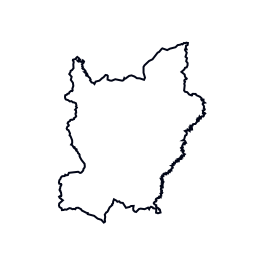 outline of Ango, Orientale, Democratic Republic of the Congo, rotated 105°
{"feature_id": "63176286B24678106401017", "entity_name": "Ango", "entity_type": "district", "adm_level": 2, "iso_a3": "COD", "parent_name": "Democratic Republic of the Congo", "parent_adm1": "Orientale", "projection": "orthographic", "projection_center": [26.048, 4.445], "detail": "fine", "context": "isolated", "style": "outline", "palette": "ink", "viewbox_px": 256, "rotation_deg": 105, "n_neighbors": 0, "source": "geoboundaries", "source_scale": "gbopen_adm2", "svg_char_len": 5745}
<svg xmlns="http://www.w3.org/2000/svg" viewBox="0 0 256 256"><g transform="rotate(105 128 128)"><path d="M201.2,74.7L198.6,76.1L198.3,76.6L198.6,77.1L197.8,77.6L196.9,80.2L196.3,80.7L195.3,80.7L194.8,82.8L193.9,83.7L192.7,83.3L192.1,82.8L191.9,82.1L190.8,81.7L190.0,82.6L189.1,82.5L188.7,81.8L188.0,81.5L187.9,80.7L187.2,80.5L187.6,80.1L187.4,79.7L186.3,79.8L186.4,78.5L185.0,78.9L184.7,78.4L183.4,79.1L182.8,78.7L182.6,79.3L181.8,78.5L181.6,79.2L180.7,79.6L180.2,79.6L180.1,78.9L179.5,79.0L179.5,79.9L178.7,80.4L177.6,80.5L177.2,79.8L176.5,79.5L176.3,80.1L175.5,80.2L175.9,81.0L175.6,81.4L175.0,81.1L175.0,80.3L174.5,80.2L174.9,79.6L173.6,80.1L173.2,80.7L172.7,80.0L172.2,80.4L171.6,80.1L171.5,81.4L170.8,81.4L170.2,80.5L169.7,81.4L170.0,81.8L169.0,82.7L169.1,81.1L168.5,81.2L167.9,82.9L167.1,82.4L166.6,82.9L165.9,82.0L165.0,82.7L164.7,82.3L164.8,81.6L164.3,81.8L163.7,81.5L163.2,81.8L162.6,81.3L162.4,80.7L163.1,80.4L162.9,79.1L161.5,79.4L161.5,77.6L160.2,77.7L160.1,77.0L159.3,76.9L159.5,76.2L158.8,76.2L158.4,77.1L157.7,76.3L157.8,75.1L155.9,75.5L154.8,74.5L154.1,75.2L153.1,75.1L153.0,76.0L152.1,74.7L151.7,75.5L151.2,75.6L150.6,74.1L149.7,74.5L149.8,73.5L147.5,73.3L148.0,72.2L147.5,71.3L146.9,71.5L146.7,72.4L145.8,71.3L146.2,70.5L145.2,70.7L145.0,71.6L144.2,70.5L144.8,70.1L144.0,68.4L143.4,68.6L142.7,69.8L142.3,69.7L142.8,69.1L142.4,68.0L141.1,69.0L140.4,68.8L140.5,66.8L139.4,66.8L138.7,66.4L138.5,67.4L137.2,68.9L136.2,68.2L135.4,68.3L135.2,68.7L136.0,69.3L135.9,70.6L134.2,70.2L133.5,71.6L132.5,71.0L132.4,70.2L131.3,71.0L129.2,70.6L129.1,69.0L128.5,68.9L127.9,69.7L127.3,68.2L125.9,69.4L125.5,70.9L125.7,71.8L124.7,70.8L120.5,70.8L119.7,69.8L118.1,69.7L117.0,70.3L116.1,72.2L115.3,71.2L115.0,69.9L114.1,70.0L114.9,67.7L112.7,68.3L113.5,67.2L112.9,65.7L111.2,66.4L112.3,66.7L112.2,67.3L111.2,68.0L109.6,68.4L108.9,66.3L107.4,66.1L106.6,63.9L104.4,63.2L104.0,62.7L103.0,63.2L103.1,62.0L102.8,61.5L101.8,61.6L101.2,62.4L101.4,63.4L100.7,63.4L100.2,62.0L98.6,61.9L99.4,61.1L100.3,60.8L100.1,60.1L98.2,60.2L97.5,59.5L97.5,58.4L97.0,58.0L95.1,57.9L94.0,57.2L93.6,57.9L94.7,59.2L94.5,59.5L93.0,59.6L91.8,60.3L90.7,58.8L90.0,58.7L89.2,60.0L88.0,59.9L86.9,60.6L85.6,62.1L84.6,62.0L83.7,60.4L83.1,61.9L81.0,62.4L81.1,63.2L82.0,63.0L82.3,63.6L81.5,64.6L80.2,64.7L79.2,66.6L78.6,70.4L77.6,71.5L78.3,74.4L79.0,74.9L79.9,74.6L80.1,75.0L79.8,77.6L78.1,80.0L78.2,82.3L77.3,83.5L72.0,84.3L70.8,85.1L68.5,84.9L68.0,85.8L67.2,85.9L65.9,85.0L65.7,84.2L65.0,84.1L64.5,85.3L63.4,86.4L61.7,87.1L60.0,90.9L56.9,88.8L55.1,88.5L54.2,87.0L52.1,86.7L49.9,87.2L48.4,89.1L45.2,89.1L44.3,90.9L40.1,90.7L37.8,93.2L36.9,93.1L36.7,91.9L35.4,93.0L33.5,93.2L32.4,91.9L30.4,92.1L30.5,93.8L31.3,94.6L31.4,96.0L33.1,97.0L33.0,97.9L34.0,99.1L35.1,101.5L37.7,103.0L40.5,108.0L42.6,110.3L42.2,115.4L42.8,115.9L46.4,117.6L47.6,118.9L55.3,122.1L57.8,125.0L63.2,128.3L65.0,128.8L70.6,127.3L75.0,124.6L77.3,125.0L77.0,129.5L77.6,132.3L76.6,135.0L76.3,138.2L77.4,140.4L80.8,143.1L81.3,143.8L80.8,144.5L83.0,144.7L83.8,145.9L84.2,152.9L86.5,155.9L86.8,157.6L86.5,160.3L82.9,161.0L82.4,161.9L82.6,163.4L85.5,164.8L86.3,165.7L89.6,167.8L91.6,171.3L94.2,171.8L93.4,173.2L93.4,175.0L91.7,177.0L91.0,176.6L89.6,177.7L88.7,179.5L87.7,180.6L88.2,181.1L88.2,181.9L87.7,182.2L87.1,181.3L86.6,181.2L85.8,182.1L85.8,183.5L85.3,184.5L84.8,183.3L84.1,183.6L82.6,185.7L82.8,186.4L82.2,187.5L80.9,187.2L80.5,188.2L79.2,188.2L78.4,189.0L76.5,187.8L75.1,187.7L74.3,189.2L76.2,190.0L76.1,191.7L76.7,193.0L76.1,194.2L75.2,193.4L74.7,192.1L74.3,192.0L74.3,192.7L73.4,193.3L72.5,195.4L73.7,196.2L74.7,196.1L76.3,198.8L76.9,198.8L78.3,197.5L80.7,197.3L84.3,196.1L86.5,197.0L87.6,198.2L89.1,198.1L91.1,198.7L93.1,195.7L96.3,195.7L98.6,192.9L101.5,191.7L104.4,191.9L106.1,191.2L106.8,191.5L106.9,192.6L108.5,193.8L110.1,194.1L110.7,195.4L111.7,195.7L112.6,197.1L114.3,196.9L115.8,196.2L116.5,195.4L116.6,193.0L117.4,191.1L116.7,189.5L117.5,187.7L117.2,186.9L117.6,184.7L119.8,183.6L120.8,183.8L121.5,182.7L124.1,183.8L124.5,182.8L126.7,182.0L127.4,182.5L128.8,182.0L129.9,181.1L131.1,181.5L132.6,182.8L133.4,182.5L134.7,184.2L134.6,184.9L135.2,185.8L136.4,185.9L137.6,187.2L139.1,187.6L140.6,185.9L141.2,185.9L142.4,186.9L144.3,187.1L145.2,186.5L145.5,184.9L148.3,182.6L150.3,182.5L150.8,181.4L154.3,178.8L156.9,178.0L158.8,178.6L158.9,177.5L160.9,175.4L160.3,174.7L160.5,174.4L160.9,174.3L160.8,174.8L161.2,174.7L162.4,172.5L162.0,172.3L161.5,173.0L161.9,172.1L163.2,172.2L163.8,170.7L165.3,169.6L165.7,168.5L166.6,167.7L167.6,167.6L169.0,166.5L171.1,164.4L173.8,160.7L176.2,159.8L177.4,159.7L179.0,160.4L180.7,160.3L183.1,161.5L183.8,162.6L183.2,164.8L186.6,173.5L189.0,173.9L189.6,175.2L189.4,176.5L190.8,176.7L191.6,179.1L193.1,180.0L194.7,180.1L196.2,180.8L198.5,180.6L199.6,180.0L199.4,178.1L199.9,177.7L201.0,177.7L201.9,178.2L203.8,177.9L205.0,178.2L205.8,177.9L205.9,177.2L206.9,177.0L207.4,176.1L210.4,174.9L211.1,174.9L211.3,175.9L212.2,176.8L213.1,176.0L214.7,172.2L218.7,174.9L220.8,174.6L222.1,173.7L222.8,171.3L224.4,170.6L223.9,169.1L223.0,167.9L222.8,166.2L220.6,163.9L220.4,162.4L220.8,160.7L220.1,159.2L220.1,157.9L218.6,157.4L217.9,155.5L218.6,152.3L219.6,151.3L220.7,146.2L220.6,144.8L221.6,144.6L221.6,138.0L223.4,133.9L223.6,130.0L225.6,126.9L224.6,126.0L224.0,126.0L222.7,126.7L219.8,127.0L217.7,128.0L215.2,127.2L214.4,126.3L213.5,126.0L209.4,125.2L206.5,123.3L205.8,123.7L204.8,123.0L202.7,123.3L200.5,123.1L201.2,120.3L202.0,119.2L201.1,117.5L202.1,116.0L201.7,113.6L205.6,109.3L203.9,106.1L202.6,104.9L201.8,102.4L204.3,102.2L206.1,101.5L207.0,99.9L207.0,98.4L203.4,96.4L202.6,94.9L202.1,90.9L199.7,88.0L200.9,86.6L199.5,86.4L198.1,85.4L198.3,83.6L199.0,82.9L198.7,80.1L199.3,79.6L202.5,79.0L202.6,77.0L201.2,74.7Z" fill="none" stroke="#020617" stroke-width="2"/></g></svg>